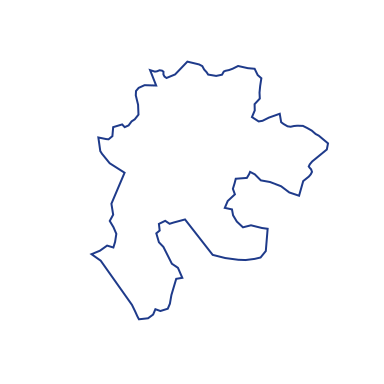 map outline of Madona (Mercator projection), rotated 113°
{"feature_id": "LVA-1087", "entity_name": "Madona", "entity_type": "Municipality", "adm_level": 1, "iso_a3": "LVA", "parent_name": "Latvia", "parent_adm1": "", "projection": "mercator", "projection_center": [26.234, 56.844], "detail": "fine", "context": "isolated", "style": "outline", "palette": "blue", "viewbox_px": 384, "rotation_deg": 113, "n_neighbors": 0, "source": "natural_earth", "source_scale": "10m", "svg_char_len": 1845}
<svg xmlns="http://www.w3.org/2000/svg" viewBox="0 0 384 384"><g transform="rotate(113 192 192)"><path d="M329.9,191.1L327.8,193.7L324.2,197.6L319.4,203.1L290.9,249.2L288.5,260.2L282.0,253.8L274.5,249.2L273.8,242.7L268.0,243.3L260.1,245.3L255.1,250.5L250.8,256.4L243.7,255.7L234.3,261.6L200.6,261.6L197.7,279.0L192.0,289.8L190.2,292.4L178.4,299.5L176.8,291.6L176.1,289.4L171.7,287.1L163.1,289.9L157.1,282.7L158.6,279.3L155.5,276.4L150.6,275.2L147.5,273.1L141.7,271.5L132.8,275.7L125.0,281.5L120.9,283.0L117.0,281.8L112.2,277.4L108.0,266.6L96.2,278.2L95.7,273.2L94.6,271.4L92.6,269.4L92.0,267.0L92.4,265.3L95.0,264.2L96.5,262.4L97.0,260.0L90.4,253.5L73.8,247.2L71.8,235.3L72.1,231.7L74.5,228.7L76.0,225.4L77.6,223.0L75.7,215.1L72.3,210.2L68.7,209.8L67.4,208.6L65.3,205.6L62.7,202.8L58.0,198.8L56.2,189.0L54.1,182.5L58.7,177.2L60.2,172.6L67.7,170.7L74.1,168.7L79.5,166.1L86.7,168.7L92.4,166.1L99.6,166.1L101.0,158.2L98.9,154.9L93.5,150.3L85.7,141.8L92.9,137.2L93.6,134.4L94.2,129.7L93.4,126.7L91.4,123.9L89.8,120.9L87.8,115.7L88.1,111.0L88.7,105.7L90.3,100.9L90.6,97.3L94.1,85.8L100.2,84.5L116.9,93.3L120.5,94.4L122.9,94.5L123.8,93.0L124.6,91.2L126.6,89.4L129.4,89.6L132.2,90.5L138.5,93.9L153.6,92.0L154.4,102.3L151.9,112.2L152.3,124.0L154.4,133.2L151.2,141.1L150.8,146.4L153.3,146.4L157.6,147.0L162.7,156.9L167.3,156.2L173.1,155.6L177.4,151.6L186.3,155.6L193.8,155.6L192.4,148.4L197.4,145.1L201.7,139.2L204.6,131.3L199.6,124.7L197.8,113.5L196.3,108.0L217.5,101.0L225.5,103.3L229.1,108.2L233.7,116.1L236.3,122.9L239.8,135.6L241.8,148.4L220.0,187.7L227.2,196.9L230.0,200.2L229.0,205.4L234.3,210.0L240.1,206.7L244.0,208.7L251.2,202.8L253.7,196.9L265.9,182.5L267.3,175.3L274.8,167.4L278.1,172.6L294.9,170.7L303.5,168.7L308.9,168.7L313.9,174.6L314.2,179.9L320.0,179.9L325.4,183.1L329.9,191.1Z" fill="none" stroke="#1e3a8a" stroke-width="2"/></g></svg>